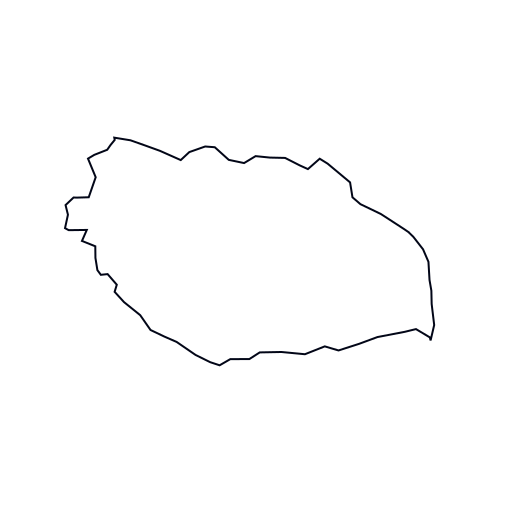 Empa, Paphos, Cyprus (Equal Earth projection), rotated 297°
{"feature_id": "46923920B32941879680416", "entity_name": "Empa", "entity_type": "district", "adm_level": 2, "iso_a3": "CYP", "parent_name": "Cyprus", "parent_adm1": "Paphos", "projection": "equal_earth", "projection_center": [32.424, 34.807], "detail": "fine", "context": "isolated", "style": "outline", "palette": "ink", "viewbox_px": 512, "rotation_deg": 297, "n_neighbors": 0, "source": "geoboundaries", "source_scale": "gbopen_adm2", "svg_char_len": 1061}
<svg xmlns="http://www.w3.org/2000/svg" viewBox="0 0 512 512"><g transform="rotate(297 256 256)"><path d="M168.8,126.3L172.5,132.0L167.2,145.0L159.9,146.3L155.0,159.3L150.7,179.7L142.2,195.6L142.6,210.8L143.4,224.3L140.4,247.1L140.6,263.4L142.1,273.2L152.4,279.9L161.2,296.9L171.8,303.1L182.0,322.2L190.7,344.2L206.7,358.3L209.3,372.4L224.5,387.7L238.9,401.0L256.0,423.0L263.5,431.7L262.4,447.9L260.0,449.9L275.4,446.1L293.0,434.3L304.7,428.0L313.4,421.5L329.1,412.3L337.8,401.8L344.5,387.5L346.3,381.7L346.4,382.0L347.2,375.8L348.4,364.5L350.1,348.2L349.6,325.5L352.1,315.3L364.3,306.4L370.8,277.9L371.6,268.6L357.0,262.8L356.6,253.9L356.6,237.4L350.0,223.7L344.8,210.3L333.4,203.2L329.3,188.1L334.2,169.9L330.5,161.0L318.3,149.4L307.3,145.4L306.1,122.7L304.1,106.7L302.1,91.6L297.1,76.0L295.3,77.4L288.8,76.0L283.1,75.2L272.7,66.0L266.5,62.1L253.4,77.4L232.4,80.3L226.6,69.7L225.3,66.9L214.9,63.2L207.4,69.7L194.1,73.2L194.0,77.4L202.4,93.4L190.4,94.1L191.7,108.4L181.4,113.8L171.4,121.1L168.8,126.3Z" fill="none" stroke="#020617" stroke-width="2"/></g></svg>